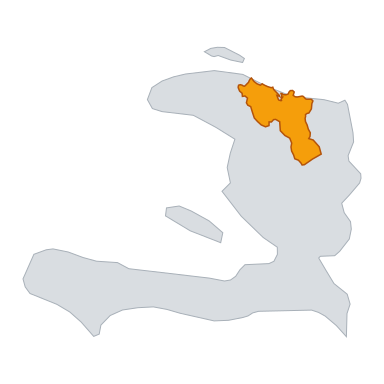 where Nord sits in Haiti
{"feature_id": "HTI-1387", "entity_name": "Nord", "entity_type": "Department", "adm_level": 1, "iso_a3": "HTI", "parent_name": "Haiti", "parent_adm1": "", "projection": "natural_earth1", "projection_center": [-72.317, 19.567], "detail": "fine", "context": "in_parent", "style": "filled", "palette": "amber", "viewbox_px": 384, "rotation_deg": 0, "n_neighbors": 0, "source": "natural_earth", "source_scale": "10m", "svg_char_len": 2821}
<svg xmlns="http://www.w3.org/2000/svg" viewBox="0 0 384 384"><path d="M344.9,100.2L347.5,104.4L353.0,132.8L353.6,141.9L348.1,155.7L348.9,161.1L360.7,173.8L361.0,178.3L359.6,183.0L349.4,195.0L341.7,203.2L344.2,212.7L350.5,221.6L351.3,229.1L349.3,239.0L339.7,251.3L334.7,255.7L320.3,256.3L318.7,258.0L325.8,270.1L334.0,283.6L347.2,294.2L350.1,304.1L347.0,313.5L346.4,336.7L336.3,325.5L325.2,316.1L318.5,312.4L311.6,310.1L258.6,311.3L252.7,312.9L248.1,315.9L243.2,317.4L228.6,320.3L214.1,320.9L180.3,313.3L166.9,309.4L153.4,306.9L137.9,307.7L122.5,310.0L110.2,315.5L100.9,325.1L99.2,334.1L93.7,336.4L81.2,322.1L69.8,312.0L56.8,304.3L30.0,293.5L25.2,286.9L23.0,278.9L33.9,254.3L46.2,249.8L53.0,248.9L68.2,252.0L83.0,257.5L96.5,261.2L117.5,262.6L128.8,268.7L209.3,278.1L224.5,281.0L230.5,280.0L235.7,276.3L240.0,269.7L245.0,264.7L268.9,263.6L273.9,261.3L277.4,254.4L277.3,247.2L263.2,237.5L241.3,216.3L222.0,191.3L230.4,182.9L227.2,167.5L230.3,153.2L234.9,139.2L215.8,127.3L193.3,115.3L162.0,111.6L152.4,108.6L147.4,99.6L151.9,87.6L162.1,81.0L173.7,76.8L185.6,74.0L214.3,70.6L242.8,74.4L267.5,86.8L292.5,96.5L324.1,99.7L338.3,103.2L344.9,100.2ZM222.8,232.7L220.7,242.7L190.2,230.8L165.5,215.9L166.5,207.9L179.2,206.0L191.2,211.0L209.1,220.9L222.8,232.7ZM239.6,55.2L244.4,58.5L242.6,62.5L230.6,60.0L218.2,55.5L214.1,56.6L211.6,56.0L204.4,51.7L210.8,48.4L217.3,47.3L224.5,47.5L239.6,55.2Z" fill="#d9dde1" stroke="#a8b0b8" stroke-width="1"/><path d="M251.4,78.0L253.9,81.4L257.0,83.8L260.4,85.2L262.2,83.8L264.3,85.1L267.9,86.7L271.3,87.7L272.8,87.2L273.6,89.4L279.3,95.4L279.3,96.3L278.7,96.0L276.9,95.4L278.4,99.5L278.9,100.1L281.0,100.7L281.5,100.5L281.0,99.2L282.6,97.2L282.2,97.2L281.4,97.3L281.0,97.2L281.3,96.5L281.6,96.0L281.8,96.3L281.8,95.4L281.5,95.0L281.0,93.5L281.8,93.5L283.5,94.6L286.0,94.8L288.1,94.0L289.1,91.9L290.3,90.6L292.6,90.5L294.2,92.0L293.2,95.4L295.2,96.8L297.2,97.0L301.9,96.1L302.3,96.1L303.0,96.3L303.8,96.9L305.5,98.8L306.6,99.2L310.8,99.2L311.7,99.5L312.2,100.2L312.6,100.9L312.9,101.0L312.4,102.4L311.9,103.4L311.4,108.9L308.9,113.0L306.9,113.5L305.5,114.6L305.6,116.5L305.1,118.3L305.5,121.6L307.1,124.9L308.3,129.1L310.3,132.8L310.0,136.5L308.8,138.6L311.0,139.3L313.2,140.0L319.2,146.8L321.2,154.1L312.6,159.0L304.4,164.7L302.1,165.0L301.0,163.1L298.4,160.2L294.8,158.8L293.6,155.0L291.6,151.0L291.0,147.0L291.7,143.1L289.7,138.1L284.9,135.5L280.3,130.7L279.7,121.7L277.4,120.4L275.7,119.4L273.6,119.6L271.4,122.0L269.1,121.9L269.0,125.6L265.5,126.8L261.2,124.9L257.6,121.6L254.3,118.0L252.4,112.2L250.7,106.6L247.8,105.2L246.4,102.8L247.5,98.1L245.0,96.0L242.4,96.4L242.1,93.3L239.6,91.1L238.2,87.7L238.2,86.8L238.6,85.2L240.3,84.7L242.2,85.2L243.3,86.0L244.6,86.2L246.2,84.7L247.5,83.3L248.5,82.4L249.2,80.7L250.4,78.7L251.4,78.0Z" fill="#f59e0b" stroke="#b45309" stroke-width="1.5"/></svg>